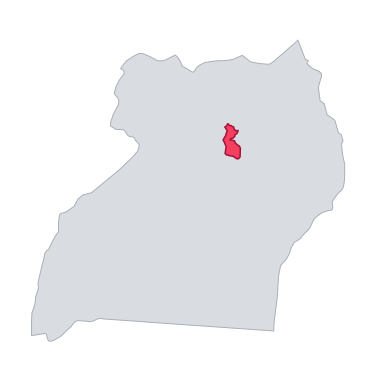 location of Lira within Uganda, rotated 4°
{"feature_id": "UGA-3099", "entity_name": "Lira", "entity_type": "District", "adm_level": 1, "iso_a3": "UGA", "parent_name": "Uganda", "parent_adm1": "", "projection": "orthographic", "projection_center": [32.907, 2.332], "detail": "fine", "context": "in_parent", "style": "filled", "palette": "rose", "viewbox_px": 384, "rotation_deg": 4, "n_neighbors": 0, "source": "natural_earth", "source_scale": "10m", "svg_char_len": 2849}
<svg xmlns="http://www.w3.org/2000/svg" viewBox="0 0 384 384"><g transform="rotate(4 192 192)"><path d="M283.2,324.9L277.1,324.9L267.2,324.9L257.3,324.9L247.3,324.9L237.4,324.9L227.5,324.9L217.5,324.9L207.6,324.9L197.7,324.9L187.7,324.9L177.8,324.9L167.9,324.9L158.0,324.9L148.0,324.8L138.1,324.8L128.2,324.8L118.2,324.8L112.4,324.8L111.2,324.6L110.4,324.4L106.6,325.1L102.8,327.5L98.6,328.6L94.2,328.1L93.7,328.4L91.5,328.3L88.2,328.2L85.3,328.8L83.1,330.9L80.9,334.6L76.8,338.8L73.6,342.5L70.9,345.2L64.7,349.5L61.4,350.8L59.7,350.6L58.7,349.8L56.7,344.2L55.5,343.3L43.5,346.1L41.7,346.2L41.8,344.4L40.9,331.3L40.8,323.3L42.4,318.3L43.3,312.5L43.4,307.3L45.6,298.6L44.7,293.4L47.6,275.1L48.3,272.1L49.5,263.3L51.2,260.5L52.8,259.5L54.9,254.1L58.8,245.4L61.6,240.9L61.0,231.2L61.4,224.5L62.0,223.0L67.9,220.6L75.4,214.5L78.6,207.2L83.2,202.6L91.9,199.7L117.9,174.9L130.0,161.6L135.2,154.7L135.4,152.3L136.4,149.0L134.3,146.5L131.8,144.2L131.0,142.1L128.8,141.1L125.7,141.1L123.6,139.6L121.3,136.5L119.0,134.6L111.6,134.8L106.0,131.7L106.1,127.5L108.3,119.3L112.6,109.8L112.8,107.2L112.2,105.0L111.2,103.1L109.3,101.2L107.5,99.0L108.9,92.2L111.6,85.5L113.8,82.2L116.0,78.5L115.4,75.4L112.2,73.9L113.9,70.9L117.3,65.9L123.9,60.8L129.8,57.4L133.6,57.4L141.2,60.1L148.0,63.3L151.7,63.5L156.3,62.2L165.7,56.5L168.0,58.3L170.8,61.7L173.7,67.4L179.7,70.0L182.5,71.8L184.6,72.3L185.7,71.9L188.0,67.4L190.7,65.0L195.7,61.9L206.8,59.5L214.7,58.7L218.1,58.2L223.7,56.8L232.6,52.2L241.3,58.1L250.8,59.2L260.0,59.2L262.8,57.4L264.4,56.0L274.1,46.3L287.1,33.2L295.8,51.7L298.8,52.8L298.4,54.4L297.7,55.9L303.4,60.4L310.4,62.7L312.9,65.0L313.1,67.5L310.8,78.3L311.2,81.4L313.5,92.2L317.7,94.6L321.4,105.5L328.9,110.1L330.0,111.5L331.7,116.8L334.0,122.6L335.8,123.9L336.9,124.2L339.1,130.4L337.8,133.8L339.6,144.3L342.4,153.7L343.2,164.9L343.2,169.8L343.1,172.8L342.5,177.1L341.2,179.6L338.8,182.0L336.1,185.7L333.8,189.8L332.4,191.8L333.5,197.8L333.2,199.4L332.6,200.2L329.2,201.1L324.9,202.7L322.2,204.3L318.5,207.4L315.5,210.7L311.6,220.5L305.0,228.1L303.8,230.6L297.6,235.1L294.9,240.7L293.1,247.6L290.7,252.5L285.5,259.2L284.2,269.9L284.4,291.2L283.0,315.4L283.2,324.9Z" fill="#d9dde1" stroke="#a8b0b8" stroke-width="1"/><path d="M222.2,130.7L222.9,128.4L220.2,124.9L221.9,123.6L222.8,121.6L223.6,121.6L224.2,122.5L225.2,123.0L226.6,123.1L227.6,123.8L229.1,124.3L229.9,127.0L231.0,127.2L231.8,128.0L233.6,127.5L233.4,129.0L232.6,130.8L230.8,131.9L230.8,133.6L229.4,135.2L226.9,136.2L226.6,137.5L229.0,137.5L231.0,138.1L231.8,140.1L233.9,141.7L236.0,142.9L237.2,144.8L237.5,153.6L236.3,155.4L234.6,155.8L232.7,154.8L230.8,153.6L228.8,153.3L226.5,153.1L225.4,152.6L224.1,152.7L223.2,152.1L222.3,151.3L222.8,145.6L223.1,144.6L222.1,142.9L220.7,139.9L219.4,138.1L220.2,136.0L221.4,133.9L222.2,130.7Z" fill="#f43f5e" stroke="#9f1239" stroke-width="1.5"/></g></svg>